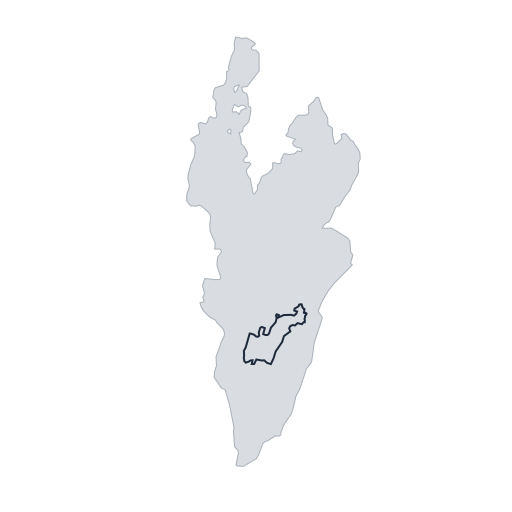 location of Tong, Ysyk-Köl, Kyrgyzstan, rotated 106°
{"feature_id": "92254566B55303155079831", "entity_name": "Tong", "entity_type": "district", "adm_level": 2, "iso_a3": "KGZ", "parent_name": "Kyrgyzstan", "parent_adm1": "Ysyk-Köl", "projection": "natural_earth1", "projection_center": [76.22, 42.065], "detail": "fine", "context": "in_parent", "style": "outline", "palette": "slate", "viewbox_px": 512, "rotation_deg": 106, "n_neighbors": 0, "source": "geoboundaries", "source_scale": "gbopen_adm2", "svg_char_len": 5165}
<svg xmlns="http://www.w3.org/2000/svg" viewBox="0 0 512 512"><g transform="rotate(106 256 256)"><path d="M114.5,302.3L115.8,301.5L119.7,300.7L127.6,300.0L130.3,300.5L135.7,303.7L139.8,303.3L140.6,303.7L142.1,306.3L148.0,302.5L152.1,301.3L154.3,297.4L158.9,292.8L162.7,292.1L162.8,292.8L163.5,293.5L167.4,294.6L168.6,293.4L169.2,291.7L167.9,289.0L167.9,287.9L169.2,286.2L175.3,288.8L176.7,288.7L179.6,287.3L182.2,284.8L183.2,282.8L196.0,276.4L196.9,275.3L196.7,274.4L191.4,272.9L189.0,273.8L186.8,273.8L185.4,272.9L179.0,272.5L177.5,271.8L173.3,267.2L168.0,264.3L165.4,264.5L162.3,265.7L161.4,265.1L161.2,260.8L160.6,258.2L158.8,257.6L156.4,258.6L149.9,257.2L149.2,251.7L146.9,246.9L143.4,245.0L143.4,242.1L142.2,240.9L141.1,241.2L139.8,242.6L140.4,245.8L139.8,249.0L139.0,250.6L137.5,251.8L135.8,251.9L132.9,250.2L132.2,259.9L131.7,260.5L128.1,259.2L125.3,259.8L121.1,259.2L117.9,257.6L111.8,255.8L108.9,254.0L107.2,247.5L105.5,245.2L103.9,244.7L97.4,246.9L90.7,242.9L87.3,242.1L86.5,240.9L86.6,239.4L97.1,232.2L101.2,227.2L103.8,225.1L110.3,222.9L111.8,218.3L112.4,217.8L119.0,215.6L126.4,211.6L126.5,210.5L125.8,209.6L119.3,205.9L115.9,207.6L114.0,205.5L114.0,203.3L116.3,199.5L118.2,197.7L119.0,194.1L121.7,191.7L124.5,187.9L127.9,184.8L134.1,182.5L137.6,183.2L140.8,182.7L145.8,180.8L148.9,180.6L161.7,183.5L165.9,183.7L175.8,187.4L183.6,189.3L187.3,192.9L199.8,194.5L203.3,195.6L204.5,197.3L208.0,199.5L211.0,200.0L208.5,191.4L209.6,186.2L213.7,172.2L215.8,170.0L226.0,166.1L228.4,163.1L235.7,163.2L237.2,162.7L238.0,161.0L260.6,173.3L269.1,176.8L281.0,179.9L291.0,181.0L292.7,180.2L296.7,175.4L298.6,175.2L323.5,176.1L341.3,173.5L343.9,173.7L350.5,176.4L371.6,177.2L379.8,179.0L393.0,178.3L398.5,178.6L408.5,182.1L411.9,182.9L418.5,183.4L420.9,182.8L422.4,183.6L423.8,188.0L430.0,193.5L432.3,196.5L434.7,197.8L446.3,198.7L450.7,199.8L461.7,210.3L463.1,216.5L462.0,217.7L450.6,218.6L448.0,219.5L445.3,224.0L430.0,229.6L427.7,229.5L407.2,240.0L393.0,248.8L392.4,253.1L384.2,262.8L377.9,264.0L372.6,263.7L363.8,266.7L352.7,265.7L348.8,265.8L341.5,264.5L338.5,265.2L335.4,267.2L331.1,274.9L329.3,276.7L328.5,278.5L327.9,282.3L326.2,286.3L322.5,292.3L319.4,295.1L316.4,296.9L314.2,293.2L310.3,295.8L306.8,295.2L304.6,296.0L299.6,299.2L292.3,299.1L291.5,298.0L290.1,289.1L288.8,285.0L287.8,284.0L286.4,283.9L275.9,290.9L271.0,292.1L267.0,292.3L261.8,290.2L260.6,290.8L259.7,291.9L259.3,293.3L260.8,297.2L260.4,298.0L258.1,298.0L254.7,298.9L244.6,307.1L238.2,309.2L232.3,310.0L228.7,311.5L226.7,314.5L222.7,323.0L222.9,324.7L224.5,327.0L225.7,332.1L225.4,333.4L222.2,337.7L218.1,338.9L214.9,339.6L208.8,339.0L205.7,339.9L199.9,343.1L195.1,343.7L186.2,343.8L177.4,342.6L174.5,343.0L166.7,344.9L164.0,347.9L162.5,350.6L161.8,351.0L158.7,348.5L154.8,344.2L152.8,344.2L145.8,347.8L144.8,347.7L142.8,346.3L143.1,340.8L140.9,339.7L136.1,339.4L134.5,338.2L135.1,334.6L134.6,333.3L133.3,332.3L130.8,332.5L125.8,335.5L120.0,336.5L117.9,337.5L115.6,341.3L107.8,342.1L105.3,341.3L100.7,334.1L96.7,333.0L92.6,333.3L87.0,335.1L85.7,333.6L84.3,333.2L82.9,334.4L76.1,334.7L69.2,334.5L65.2,333.6L62.6,333.7L57.5,335.6L51.2,336.0L50.7,329.3L48.9,324.8L50.9,317.4L52.1,315.0L56.7,317.8L58.4,317.3L58.9,315.9L58.2,312.6L60.6,308.9L77.2,304.0L95.3,311.2L97.6,315.9L99.2,315.7L101.8,313.6L102.6,309.6L106.2,307.3L114.1,304.7L114.5,302.3ZM123.6,318.6L124.0,317.9L122.7,314.5L124.6,311.3L120.9,310.7L119.0,309.8L117.0,306.5L116.3,306.3L115.1,307.2L114.5,309.4L115.0,311.7L117.6,313.9L116.3,318.5L121.7,319.0L123.6,318.6ZM104.5,321.8L104.4,320.8L103.1,320.4L96.3,319.1L96.5,320.0L99.1,323.4L101.1,323.6L104.5,321.8ZM145.3,315.9L145.7,313.8L141.6,315.0L141.1,316.1L142.5,317.4L144.2,317.9L145.3,315.9Z" fill="#d9dde1" stroke="#a8b0b8" stroke-width="1"/><path d="M299.8,192.2L298.5,191.6L298.2,191.5L297.6,191.5L297.4,191.6L297.2,191.8L297.1,192.0L297.1,192.6L297.2,192.9L297.4,193.2L297.4,193.6L297.4,194.0L297.4,194.3L297.2,194.4L296.6,194.3L296.4,194.3L296.1,194.2L295.7,194.4L295.4,194.6L294.8,194.6L294.1,194.7L293.7,194.8L293.5,195.1L293.7,195.6L293.6,195.8L293.2,196.2L293.1,196.3L293.0,196.7L292.7,197.0L291.7,197.7L291.4,198.1L291.2,198.3L291.0,198.2L290.9,198.2L290.7,198.3L290.4,198.5L290.3,198.8L290.1,198.8L289.9,198.9L290.1,199.7L290.8,201.1L292.6,201.2L296.0,204.4L297.9,204.2L298.0,201.2L300.4,201.4L302.8,203.0L302.9,206.1L305.1,213.0L309.0,217.6L306.5,217.7L306.3,220.0L307.4,220.4L310.2,219.0L314.4,218.9L320.8,221.9L326.9,222.1L328.8,223.1L329.3,225.0L329.1,227.6L322.9,227.6L322.6,230.9L324.0,232.2L329.0,232.2L331.8,230.9L333.2,232.0L333.3,233.9L332.3,235.7L332.0,238.7L332.3,240.7L340.2,240.7L346.6,240.7L350.5,241.5L355.3,239.9L356.8,239.8L360.2,238.3L361.3,236.4L360.8,235.7L359.7,234.0L358.0,232.6L357.2,230.6L361.0,230.3L360.3,228.0L355.4,227.1L354.8,221.3L354.0,219.5L355.7,215.9L355.8,211.9L349.3,210.9L342.4,210.8L331.6,207.2L325.2,207.0L319.0,202.2L316.4,204.2L314.2,203.9L312.2,201.7L312.0,199.3L309.1,197.6L308.9,193.1L306.4,191.9L306.3,191.0L306.0,191.1L305.4,191.1L305.0,191.1L304.6,191.2L304.4,191.3L303.4,191.9L303.2,192.0L302.9,192.0L301.3,192.0L301.1,192.0L300.6,192.2L300.2,192.3L299.8,192.2Z" fill="none" stroke="#1e293b" stroke-width="2"/></g></svg>